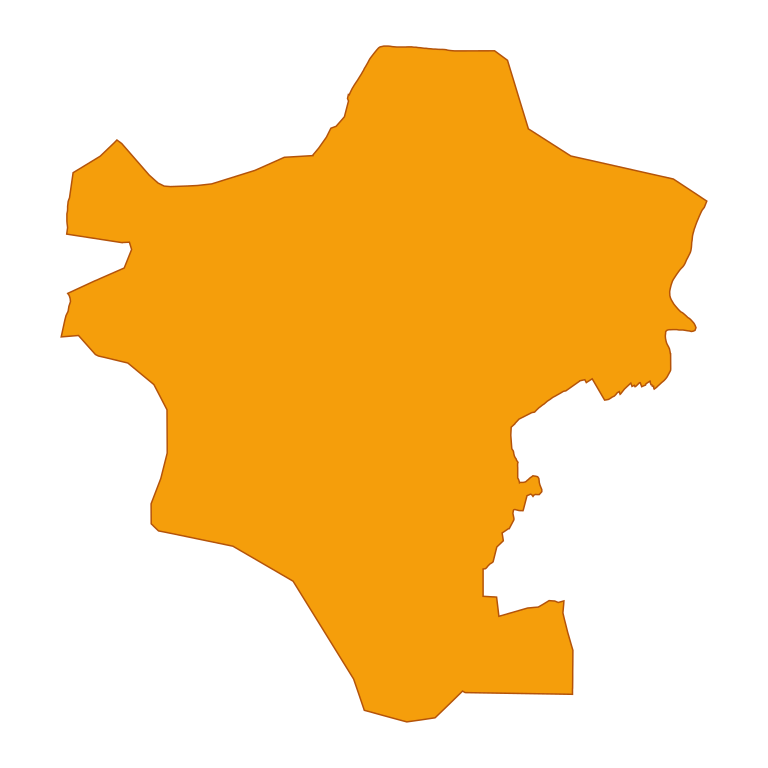 the district of Hamdan, Sana'a, Yemen
{"feature_id": "15242507B55222910003716", "entity_name": "Hamdan", "entity_type": "district", "adm_level": 2, "iso_a3": "YEM", "parent_name": "Yemen", "parent_adm1": "Sana'a", "projection": "robinson", "projection_center": [44.106, 15.48], "detail": "fine", "context": "isolated", "style": "filled", "palette": "amber", "viewbox_px": 768, "rotation_deg": 0, "n_neighbors": 0, "source": "geoboundaries", "source_scale": "gbopen_adm2", "svg_char_len": 5950}
<svg xmlns="http://www.w3.org/2000/svg" viewBox="0 0 768 768"><path d="M541.8,491.7L541.8,489.6L540.9,487.4L539.9,484.9L539.7,484.1L539.3,482.5L539.1,480.5L538.8,478.4L537.9,477.1L537.6,476.7L535.7,476.2L534.0,476.0L533.6,475.9L532.9,475.8L531.7,476.8L531.0,477.2L529.4,478.4L528.7,479.2L528.4,479.5L527.3,480.3L526.3,481.3L525.7,481.7L525.4,481.9L524.2,482.2L523.3,482.4L521.4,482.4L520.2,482.4L519.5,482.8L519.4,482.0L518.9,480.5L518.7,479.8L518.2,478.8L517.7,478.0L517.7,475.1L517.7,474.3L517.7,469.1L517.7,468.4L517.7,467.7L517.6,466.3L517.6,466.0L517.6,464.3L517.6,463.9L517.7,463.3L518.0,462.4L517.8,462.0L516.5,460.2L516.3,459.2L515.4,457.9L515.2,457.7L514.4,456.0L513.8,453.8L513.6,452.3L513.4,451.4L513.4,451.2L511.8,448.7L510.8,435.4L510.8,435.1L511.2,427.2L515.0,423.7L515.0,423.4L519.0,419.1L531.8,412.6L534.6,412.1L536.7,409.9L539.0,407.7L540.4,406.7L542.5,405.0L544.1,404.0L547.4,401.1L549.9,399.5L552.9,397.3L555.6,395.9L557.3,394.9L557.5,394.8L558.4,394.3L561.0,392.8L563.3,391.4L564.8,391.0L565.8,390.9L579.8,381.0L579.8,380.8L584.8,379.7L586.3,382.6L592.2,378.8L598.9,390.3L604.6,400.1L606.1,399.9L608.6,399.4L611.2,397.8L612.3,397.0L614.3,396.1L615.8,394.6L617.2,392.8L619.2,391.6L620.1,394.3L620.7,393.8L624.4,389.1L626.1,387.5L626.5,387.1L630.8,383.1L631.3,384.4L631.9,386.0L632.0,386.4L633.1,385.9L634.3,385.3L635.0,386.7L635.6,386.5L637.4,384.8L637.8,384.4L639.0,383.2L639.5,382.7L640.2,382.7L641.7,386.7L643.7,385.8L645.5,385.1L646.0,383.8L650.0,381.1L650.3,381.8L650.2,382.4L651.0,384.7L651.5,384.8L651.8,384.8L652.0,385.1L652.3,386.2L653.6,386.2L653.6,387.4L653.9,388.5L654.2,389.1L654.9,388.6L656.5,387.4L657.9,386.0L659.9,384.2L661.6,382.6L664.0,380.6L665.6,378.9L666.6,377.6L667.1,376.9L668.2,374.9L669.4,372.7L670.2,371.2L670.6,370.3L670.7,369.0L670.7,368.8L670.6,353.8L670.4,353.8L670.0,351.5L669.5,349.0L668.7,347.1L667.7,345.3L666.7,343.3L666.1,341.3L665.5,338.4L665.3,335.9L665.6,333.5L665.7,331.5L667.1,330.2L668.9,329.7L670.8,329.7L672.8,329.6L676.8,329.6L679.1,330.0L683.0,330.0L684.9,330.3L687.2,330.7L688.8,330.9L689.2,330.9L691.3,331.5L693.1,331.2L695.0,330.4L695.3,329.5L696.0,327.7L695.2,325.6L694.5,324.2L694.0,323.3L692.8,321.9L692.7,321.8L691.0,319.9L689.6,318.6L687.8,317.5L686.4,316.1L685.4,315.2L684.5,314.4L682.6,312.8L680.9,311.9L679.3,310.4L677.8,308.8L676.5,307.3L675.2,305.8L673.7,303.9L672.3,301.5L671.3,299.8L670.5,298.0L669.8,295.5L669.8,293.7L669.7,293.4L669.7,291.4L670.1,289.2L670.6,287.1L671.1,285.1L671.8,283.0L672.5,281.0L673.6,279.0L674.6,277.5L674.8,277.2L675.9,275.5L676.3,274.9L677.2,273.6L678.7,271.5L679.9,269.9L680.0,269.7L681.4,268.2L681.7,267.9L682.8,266.8L683.5,265.9L683.7,265.6L684.2,264.9L684.8,263.8L685.3,262.8L686.6,259.7L687.6,257.9L688.5,256.1L690.3,252.5L690.9,250.5L691.4,247.3L691.6,244.7L691.7,242.6L692.1,240.2L692.3,238.1L692.5,236.0L693.1,233.3L693.7,231.3L693.8,230.9L694.2,229.2L695.1,226.9L695.8,224.7L696.2,223.8L696.6,222.6L697.5,220.4L698.3,218.6L699.1,216.6L700.0,214.6L701.0,212.4L702.1,210.2L704.3,207.4L706.8,201.1L702.7,198.4L692.0,191.3L673.5,179.1L673.3,179.0L570.9,156.0L568.0,154.2L528.3,128.8L528.1,127.9L521.5,106.4L514.0,81.7L510.3,69.6L507.5,60.3L494.6,50.8L461.7,50.9L454.8,50.9L452.2,50.7L450.1,50.5L447.8,50.2L446.0,49.7L444.1,49.5L442.1,49.4L440.1,49.4L437.6,49.3L435.6,49.1L433.5,49.1L430.9,48.8L428.1,48.6L426.3,48.3L424.4,48.3L422.3,48.0L420.1,47.7L418.2,47.6L416.0,47.2L413.8,47.2L411.8,46.9L407.8,46.9L405.6,47.0L396.7,47.0L394.3,46.8L392.1,46.6L390.5,46.3L388.4,46.1L383.7,46.1L382.0,46.5L380.1,46.9L378.6,47.9L376.8,49.9L375.0,52.1L373.8,53.6L372.5,55.3L371.1,57.1L369.8,58.9L368.8,60.7L367.8,62.7L366.8,64.4L365.5,66.7L364.4,68.4L363.6,70.2L362.5,72.0L361.4,74.0L360.0,76.2L358.7,78.3L357.6,80.1L356.3,82.0L354.5,84.7L353.3,86.7L352.2,88.5L351.2,90.5L350.2,92.6L349.2,94.9L348.4,94.5L347.5,98.5L348.5,101.0L344.4,116.8L336.1,126.3L330.9,128.2L326.4,137.2L318.7,148.1L313.0,154.9L313.0,155.6L284.3,157.3L254.9,170.4L211.7,183.9L197.5,185.5L187.7,186.0L170.5,186.6L164.2,186.1L158.0,183.0L154.1,179.5L149.2,175.1L121.7,143.5L116.9,140.0L114.2,142.8L100.2,156.2L73.1,172.7L69.5,197.9L68.7,199.8L68.1,201.8L67.9,204.0L67.6,206.3L67.6,208.5L67.5,210.9L66.9,213.9L66.9,216.0L66.9,218.5L66.9,221.1L67.1,223.6L67.4,225.8L67.6,227.9L67.4,229.0L66.7,234.1L76.9,235.7L122.4,242.7L122.7,242.5L129.4,242.2L131.6,249.5L124.2,268.0L99.8,278.7L97.2,279.9L94.7,280.9L67.7,293.4L69.2,295.5L70.1,298.3L70.4,300.3L70.3,300.6L70.5,301.6L68.9,306.3L68.1,311.3L66.0,315.6L64.8,320.3L61.2,336.9L78.5,335.5L95.4,354.5L98.4,356.0L100.1,356.4L104.6,357.4L120.7,361.3L127.8,363.0L151.4,382.5L153.9,384.6L154.1,385.0L158.2,392.8L167.0,409.8L167.2,444.9L167.2,453.1L160.8,478.5L151.1,503.8L151.1,504.1L151.2,523.6L151.2,523.8L153.1,525.6L153.3,525.9L158.5,530.9L165.2,532.2L203.5,540.1L232.9,546.2L235.5,547.7L240.8,550.8L279.4,573.2L280.4,573.8L293.1,581.2L353.6,679.0L357.2,689.4L358.3,692.6L364.3,710.3L382.5,715.3L394.2,718.5L406.8,721.9L421.0,719.9L435.0,717.8L435.6,717.3L447.5,705.8L460.7,692.9L462.5,691.1L465.2,692.6L547.2,693.9L560.2,694.1L572.5,694.3L572.5,688.5L572.6,688.4L572.7,678.3L572.7,671.8L572.8,664.3L572.9,650.3L571.5,645.6L569.5,638.6L568.5,635.1L567.9,633.1L567.6,632.0L565.7,624.4L564.3,618.9L562.9,612.9L563.2,609.6L563.7,604.0L563.9,600.9L558.2,602.5L557.8,602.3L554.7,601.0L552.7,600.9L549.1,600.6L546.5,602.2L542.9,604.4L538.2,607.1L534.2,607.4L529.1,607.9L527.7,608.0L498.9,616.3L496.6,597.1L494.0,596.9L493.2,596.9L483.1,596.3L483.1,569.0L485.4,568.7L486.3,568.0L487.0,567.2L488.0,565.9L490.0,563.9L491.9,562.8L493.1,561.8L494.6,555.8L496.8,547.0L503.3,540.8L503.3,540.6L502.8,537.3L502.1,533.0L508.6,528.6L509.2,528.7L513.9,519.8L513.9,519.2L513.9,518.2L513.8,517.8L512.9,513.4L513.4,510.3L513.9,509.7L514.9,509.5L519.2,510.6L523.0,510.7L523.4,509.6L527.0,495.7L530.7,494.1L531.8,494.8L533.0,496.4L534.0,495.0L535.6,494.4L536.1,494.5L537.4,494.6L539.2,494.6L541.8,491.7Z" fill="#f59e0b" stroke="#b45309" stroke-width="1.5"/></svg>